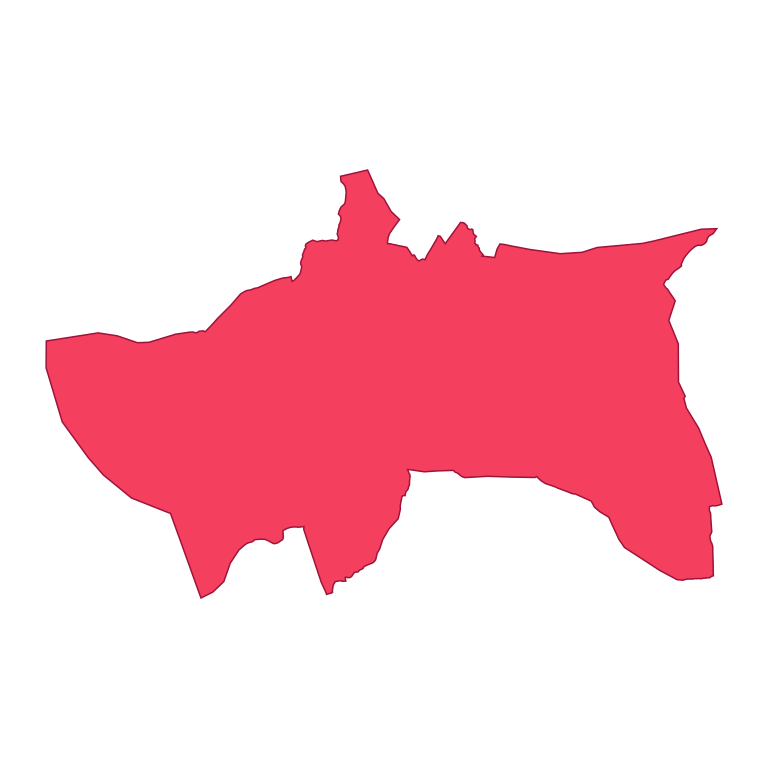 the district of Ado-Ekiti, Ekiti, Nigeria
{"feature_id": "59680162B25214275797379", "entity_name": "Ado-Ekiti", "entity_type": "district", "adm_level": 2, "iso_a3": "NGA", "parent_name": "Nigeria", "parent_adm1": "Ekiti", "projection": "mercator", "projection_center": [5.254, 7.621], "detail": "fine", "context": "isolated", "style": "filled", "palette": "rose", "viewbox_px": 768, "rotation_deg": 0, "n_neighbors": 0, "source": "geoboundaries", "source_scale": "gbopen_adm2", "svg_char_len": 5791}
<svg xmlns="http://www.w3.org/2000/svg" viewBox="0 0 768 768"><path d="M201.0,598.0L205.0,596.0L210.0,593.5L212.7,592.2L223.8,581.6L229.3,565.9L230.2,563.3L235.5,555.2L239.0,549.9L244.4,545.2L247.0,543.4L248.8,542.7L252.4,541.7L254.9,539.7L256.0,539.6L257.8,539.4L259.8,539.3L261.8,539.2L263.5,539.3L265.2,539.4L266.5,540.0L267.8,540.6L269.2,541.3L273.5,543.6L275.5,543.6L276.5,543.2L278.0,542.7L280.0,541.3L280.6,540.9L282.6,539.6L283.4,537.4L283.2,534.8L283.1,533.1L283.0,532.0L283.1,530.6L284.2,529.9L286.8,528.6L289.0,527.8L290.7,527.3L292.5,527.1L293.9,526.9L296.3,527.0L298.2,527.2L300.3,527.0L304.0,526.6L303.7,529.3L305.2,533.8L306.3,537.3L307.3,540.3L308.6,544.3L310.3,549.3L311.7,553.5L312.8,556.9L315.4,564.7L316.4,567.8L317.4,570.6L317.9,572.4L319.6,577.3L321.2,582.2L322.2,584.4L323.4,586.9L326.0,592.7L326.6,594.4L327.7,594.0L328.6,593.8L329.5,593.4L330.6,593.3L331.5,593.0L332.6,592.2L332.3,591.0L332.5,589.7L333.1,585.7L333.9,583.9L334.6,583.0L334.9,581.8L335.5,581.6L339.9,580.7L340.9,580.8L342.1,581.3L344.4,581.2L345.8,581.1L345.4,578.7L345.2,577.4L346.2,577.2L346.7,577.2L347.8,577.7L349.6,577.6L351.5,576.6L353.3,574.0L354.5,572.3L356.4,572.1L358.4,571.7L358.9,570.7L360.5,569.6L361.6,569.4L363.3,568.1L363.9,566.7L366.6,565.3L369.1,564.3L373.0,562.7L374.9,560.9L375.8,559.3L377.1,553.5L379.7,548.9L382.7,539.6L389.0,528.8L398.2,518.7L400.3,509.6L400.3,507.9L400.2,505.7L400.7,503.3L400.9,501.9L402.1,496.3L403.1,495.7L405.1,495.6L405.7,492.3L406.4,491.2L407.7,489.7L408.2,488.6L408.6,486.7L409.0,485.8L409.5,484.5L409.5,481.9L409.8,478.6L410.1,476.0L409.7,474.2L408.7,472.7L408.1,470.6L407.5,469.5L408.4,469.5L424.4,471.8L437.4,470.9L453.3,470.4L455.2,472.2L457.2,472.9L461.7,476.5L464.9,477.6L487.7,476.3L512.3,477.1L534.9,477.5L536.6,476.6L538.1,477.9L540.4,480.2L545.1,483.4L554.5,486.6L557.5,488.0L567.9,491.9L572.3,493.7L575.3,494.0L587.0,499.2L591.3,501.2L594.5,507.2L599.9,511.8L608.8,517.2L612.9,526.5L613.2,527.0L618.9,539.3L624.5,547.5L636.7,555.4L645.0,560.8L650.1,564.1L656.8,568.5L660.6,570.9L662.9,572.1L670.6,576.2L675.0,578.6L677.1,579.7L680.8,580.0L681.8,580.1L683.1,580.1L686.8,579.1L693.0,579.0L695.3,578.6L697.2,578.7L698.7,578.5L700.4,578.8L701.8,578.6L703.9,578.1L705.5,578.2L707.0,577.7L707.9,577.9L709.8,577.7L710.4,577.3L711.6,576.3L712.7,576.0L713.4,575.8L713.2,571.1L713.2,565.9L713.1,561.7L712.9,555.3L712.7,546.5L711.9,543.5L710.7,541.2L710.4,539.8L709.8,536.2L711.0,533.6L711.8,531.8L711.5,528.1L710.8,518.2L710.7,514.8L710.4,512.6L709.3,510.3L709.5,506.5L712.4,505.7L715.0,505.9L717.6,505.5L717.9,505.4L721.9,504.1L711.2,457.2L705.1,443.6L698.6,428.0L686.4,408.0L683.9,398.4L685.2,396.3L678.5,382.1L678.3,343.8L668.8,320.4L675.2,300.9L673.6,298.2L670.1,293.2L667.7,289.3L665.9,287.8L663.8,284.8L663.8,283.8L665.8,280.1L668.3,279.2L669.7,277.0L672.6,273.1L675.5,270.3L678.8,268.2L681.5,265.9L681.3,264.2L683.5,259.0L685.6,255.9L688.9,252.0L691.3,249.5L694.9,246.6L697.8,245.2L700.9,245.4L703.7,244.3L704.9,243.3L706.5,241.6L707.2,238.9L708.5,236.5L709.8,235.5L712.3,234.1L713.7,233.0L715.6,230.1L716.7,228.7L701.3,229.2L654.6,240.8L642.6,243.4L597.1,247.5L582.1,252.3L560.4,253.7L530.0,249.5L512.6,246.2L503.9,244.4L499.9,244.0L497.0,249.3L494.7,257.5L482.1,256.1L483.2,255.0L481.1,252.6L480.4,251.6L479.8,250.8L479.2,249.3L479.3,248.2L478.3,247.0L477.8,245.1L476.7,244.9L475.8,244.9L475.7,243.8L475.2,243.6L474.7,242.9L475.1,241.3L474.7,238.5L475.7,237.4L476.4,236.4L475.3,235.6L473.8,234.4L473.3,233.0L472.7,229.5L471.6,229.1L470.2,229.5L469.0,229.3L467.7,228.3L467.2,227.1L466.9,225.6L465.7,224.6L465.0,223.7L464.6,223.7L463.8,222.8L460.6,222.4L445.2,243.7L440.3,236.4L438.1,235.7L437.1,238.2L436.6,239.1L430.9,248.9L427.4,254.6L425.8,258.0L425.0,259.7L424.6,259.7L424.4,259.4L424.0,259.3L423.5,259.2L422.3,259.1L421.7,259.4L418.9,261.0L417.3,259.8L415.8,257.7L414.7,255.6L414.0,254.9L412.4,255.8L411.0,253.7L409.9,251.8L408.5,249.8L406.9,247.4L406.1,247.2L402.0,246.3L398.3,245.6L396.6,245.1L393.7,244.6L390.0,243.7L388.4,243.7L387.4,243.6L388.1,237.6L389.6,233.5L394.9,225.8L399.6,219.6L393.8,214.0L391.2,211.6L389.7,208.9L387.6,205.3L386.3,203.0L383.9,198.7L377.9,193.3L369.9,175.2L367.6,170.0L356.2,172.7L340.5,176.3L340.7,177.5L340.8,180.1L341.2,181.8L343.4,183.7L345.1,186.1L345.7,189.0L346.2,192.2L345.8,196.6L345.3,201.8L344.3,204.2L341.2,206.8L339.6,209.8L338.4,214.0L340.4,216.3L341.0,218.6L340.5,221.3L339.8,223.2L339.0,224.7L338.9,226.7L338.4,228.3L337.9,229.7L337.7,231.7L337.2,234.1L337.9,235.9L338.5,237.7L337.6,240.5L336.3,240.6L335.4,240.7L334.6,240.6L333.5,240.3L332.0,240.0L326.9,240.8L325.6,241.1L324.9,241.0L324.6,240.8L322.8,240.5L321.8,240.5L319.2,241.1L317.4,241.6L315.2,241.1L313.4,240.4L312.6,240.2L311.7,240.7L310.1,241.5L308.2,242.5L305.9,244.1L305.4,245.6L305.5,246.6L305.7,247.2L305.9,247.4L305.9,247.9L305.4,248.5L304.6,249.1L303.7,252.0L303.3,253.0L302.5,254.6L302.6,255.3L302.7,256.7L302.7,257.5L302.2,258.3L301.4,260.1L300.6,262.5L300.8,264.6L301.6,265.9L301.5,268.1L300.9,270.6L300.4,272.7L299.8,274.2L297.0,277.3L295.2,279.2L293.9,280.5L292.1,281.4L291.8,280.1L291.6,279.5L291.0,276.6L288.7,277.3L282.5,278.1L274.8,280.4L267.3,283.6L257.6,287.8L254.8,288.3L252.6,289.1L251.1,289.7L248.9,290.2L246.8,290.5L243.9,291.9L240.5,294.0L238.0,296.9L230.8,305.2L226.9,309.1L217.9,318.1L212.5,324.1L209.7,327.1L205.1,331.8L203.2,330.8L202.0,330.9L200.7,331.1L198.8,331.3L197.3,332.6L194.9,332.7L193.4,332.0L190.1,332.1L188.7,332.2L187.7,332.5L187.2,332.5L174.9,334.3L173.7,334.8L167.4,336.7L157.2,339.8L148.9,342.3L137.4,342.7L117.1,335.8L98.1,332.9L46.3,341.0L46.1,367.8L62.3,422.0L88.2,457.6L103.4,475.0L121.0,489.4L131.5,498.0L142.6,502.4L150.9,505.7L165.0,511.3L170.5,513.4L175.5,527.3L180.8,541.9L185.0,553.6L191.1,570.6L196.6,585.9L201.0,598.0Z" fill="#f43f5e" stroke="#9f1239" stroke-width="1.5"/></svg>